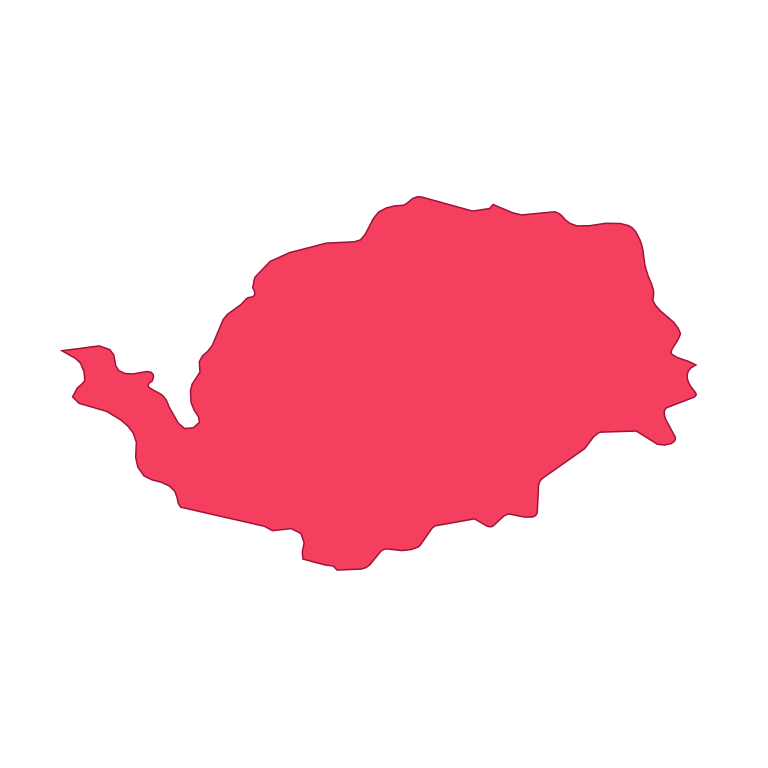 an SVG outline of Karlovarský, rotated 349°
{"feature_id": "CZE-1590", "entity_name": "Karlovarský", "entity_type": "Region", "adm_level": 1, "iso_a3": "CZE", "parent_name": "Czechia", "parent_adm1": "", "projection": "natural_earth1", "projection_center": [12.693, 50.171], "detail": "fine", "context": "isolated", "style": "filled", "palette": "rose", "viewbox_px": 768, "rotation_deg": 349, "n_neighbors": 0, "source": "natural_earth", "source_scale": "10m", "svg_char_len": 2561}
<svg xmlns="http://www.w3.org/2000/svg" viewBox="0 0 768 768"><g transform="rotate(349 384 384)"><path d="M521.2,231.9L525.3,228.6L542.5,240.2L551.2,244.3L584.5,247.5L587.5,249.4L590.2,252.1L593.5,257.7L597.2,261.8L603.7,265.7L616.5,267.9L632.0,268.5L646.4,271.5L654.2,275.1L657.5,278.1L660.1,282.4L662.7,291.0L663.5,296.6L663.7,302.2L662.8,316.3L663.0,320.6L663.9,328.3L665.7,336.7L666.4,343.4L665.9,346.8L665.0,350.1L663.8,353.1L665.4,358.4L669.3,365.0L680.1,378.6L683.5,385.8L684.6,391.1L682.9,394.0L680.9,396.8L673.5,404.7L672.5,406.1L671.7,408.7L673.3,410.8L677.1,414.0L687.8,420.3L693.8,424.8L688.5,426.7L685.1,429.5L683.3,433.0L682.8,436.9L683.3,440.9L684.6,444.9L688.1,451.8L688.5,454.2L686.3,456.0L656.6,461.3L654.6,463.0L653.6,465.6L653.4,468.9L653.8,472.7L659.9,492.1L659.1,494.5L657.2,496.2L654.4,497.3L647.5,497.4L640.9,495.3L622.6,478.3L587.4,472.6L585.0,473.0L579.7,475.8L568.7,485.7L521.4,506.9L518.7,508.9L516.6,512.2L509.8,539.8L507.6,542.1L504.3,542.9L496.1,541.3L482.4,535.6L480.7,535.4L476.6,536.4L463.9,544.2L462.0,544.6L460.1,544.2L458.2,543.3L447.0,533.6L407.3,533.0L403.9,534.5L388.5,549.4L386.1,550.7L378.8,551.7L369.8,550.9L354.8,546.3L351.9,546.4L349.2,547.4L335.3,559.0L331.5,560.7L326.7,561.4L302.5,557.7L299.3,552.9L292.1,550.6L271.1,540.5L271.7,533.4L275.3,524.6L274.0,515.0L265.4,508.3L246.6,506.7L238.8,500.3L238.2,500.3L161.0,466.2L159.3,462.1L159.2,456.1L158.2,449.5L153.7,443.0L146.3,437.8L138.1,433.9L130.9,428.4L126.5,418.6L126.2,408.8L129.8,393.9L128.4,384.1L124.5,376.4L118.8,369.1L106.3,357.8L81.1,344.9L75.8,337.2L82.3,329.3L87.5,326.4L91.0,323.4L91.9,315.0L90.1,305.7L86.0,300.0L74.2,289.9L87.1,290.7L111.6,292.2L121.4,297.9L124.3,303.9L124.2,315.1L126.2,320.2L131.8,324.3L139.3,326.2L153.9,326.5L157.6,328.1L159.2,330.5L159.0,333.5L156.7,337.2L155.9,337.3L155.2,337.5L154.5,337.8L153.9,338.3L152.5,339.6L152.1,340.9L152.6,342.3L153.9,343.8L162.8,351.2L165.0,353.7L167.1,357.9L168.0,361.7L168.5,365.1L174.6,383.1L179.8,389.7L188.5,390.6L195.6,386.4L195.6,380.6L192.7,373.6L191.1,365.5L192.7,353.9L195.5,347.7L205.6,337.2L207.0,326.8L211.2,321.7L216.9,318.5L222.7,313.5L238.5,289.9L244.0,285.5L259.0,278.6L265.1,274.1L266.9,273.3L271.5,273.4L273.5,272.5L274.6,270.1L274.3,267.5L273.7,265.3L273.5,264.0L274.9,261.1L276.0,257.8L277.8,254.5L281.6,251.8L295.7,241.9L316.3,237.0L354.4,234.7L381.7,238.7L388.3,238.1L394.0,233.6L405.3,219.3L411.8,214.0L420.1,211.6L428.3,211.2L437.4,212.2L440.5,211.2L447.7,207.3L452.3,206.6L456.6,207.6L503.8,231.1L521.2,231.9Z" fill="#f43f5e" stroke="#9f1239" stroke-width="1.5"/></g></svg>